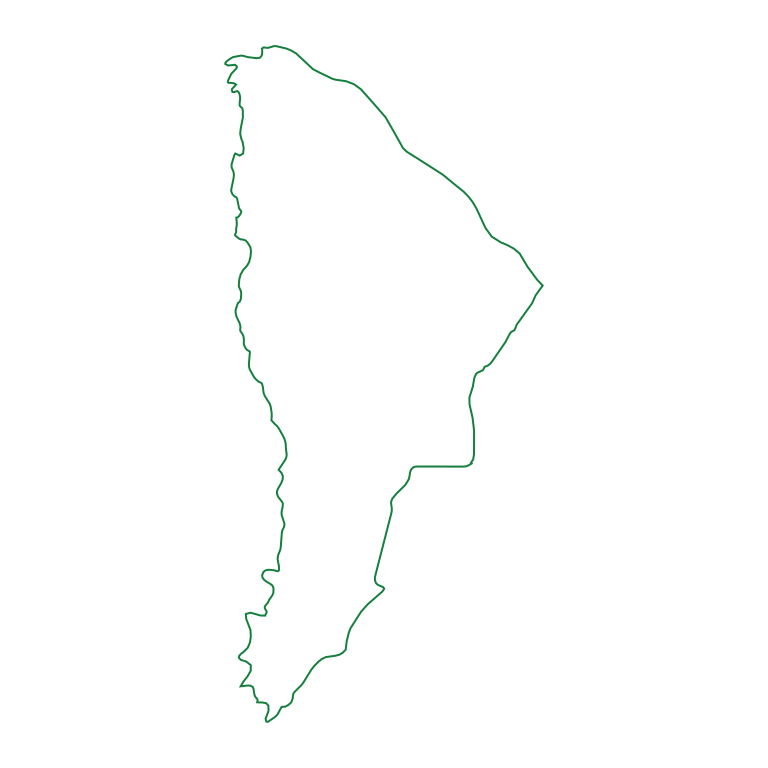 the border of Afar
{"feature_id": "ETH-3111", "entity_name": "Afar", "entity_type": "Administrative State", "adm_level": 1, "iso_a3": "ETH", "parent_name": "Ethiopia", "parent_adm1": "", "projection": "albers", "projection_center": [40.326, 11.654], "detail": "fine", "context": "isolated", "style": "outline", "palette": "green", "viewbox_px": 768, "rotation_deg": 0, "n_neighbors": 0, "source": "natural_earth", "source_scale": "10m", "svg_char_len": 4462}
<svg xmlns="http://www.w3.org/2000/svg" viewBox="0 0 768 768"><path d="M495.7,356.2L491.2,362.7L489.9,364.0L488.3,365.3L486.7,366.1L485.3,366.5L484.3,367.2L483.7,368.9L482.5,370.5L477.9,372.5L476.2,373.7L474.4,377.6L472.8,386.7L469.4,397.6L469.5,404.2L472.6,418.0L474.1,431.0L474.0,454.2L473.2,459.3L471.1,462.7L471.8,463.5L471.7,463.6L470.5,464.1L468.5,465.4L466.3,466.3L462.9,466.6L415.8,466.5L413.3,467.3L410.9,469.8L410.0,472.8L409.5,476.1L408.8,479.2L405.5,484.7L396.4,493.7L392.3,498.7L391.3,501.1L391.1,503.4L391.8,508.4L391.7,511.7L374.9,577.2L374.9,580.2L376.0,583.2L377.9,584.9L383.1,587.1L384.2,588.7L382.5,591.4L367.6,604.4L361.1,611.7L350.6,628.1L348.8,632.6L346.7,641.3L345.7,649.7L342.6,652.8L339.3,654.7L335.6,655.7L325.8,657.1L321.8,659.0L318.2,661.9L314.4,665.8L311.3,669.7L303.2,682.8L301.6,684.9L294.2,692.3L293.3,694.0L292.9,695.9L292.7,698.5L291.3,702.3L288.7,704.7L285.5,706.6L281.6,706.9L277.4,714.6L275.1,716.9L267.8,721.9L266.3,721.5L265.6,718.8L268.5,710.9L268.4,705.6L266.2,703.2L262.4,702.5L257.2,702.3L257.6,700.1L257.1,698.7L256.0,697.7L255.0,696.3L254.3,694.1L253.5,688.8L252.7,686.9L250.2,685.6L247.0,685.6L240.7,686.3L243.4,681.6L247.5,676.4L250.7,670.8L250.8,665.2L246.6,661.8L245.0,661.1L241.8,660.2L240.6,659.7L238.9,657.7L239.2,655.8L240.9,653.9L243.4,652.1L247.7,647.8L250.0,642.4L250.8,636.4L250.5,630.1L246.2,618.8L245.8,614.0L250.6,612.7L260.5,615.5L265.1,615.6L266.7,612.2L266.3,610.7L265.4,609.4L264.8,608.0L264.8,606.4L268.1,602.3L269.1,599.9L272.4,595.2L273.4,592.6L273.5,588.1L272.4,585.5L270.0,583.7L266.4,581.6L263.9,579.6L262.4,577.5L262.2,575.0L263.4,572.0L265.4,570.4L268.1,569.8L271.1,569.9L273.5,570.2L276.3,570.9L278.0,571.2L278.9,570.4L279.1,568.0L278.7,564.8L278.0,561.7L277.6,558.5L278.1,555.3L280.3,549.7L280.7,547.5L281.9,532.3L282.5,529.9L283.9,527.3L284.4,525.0L284.4,524.1L284.3,523.4L281.6,514.7L281.6,511.8L282.8,505.9L282.8,503.3L282.0,501.7L278.4,497.2L277.0,494.0L277.0,491.3L278.0,488.7L281.4,482.7L282.6,479.5L282.9,476.3L281.6,473.0L278.6,469.8L285.3,459.7L286.1,457.9L286.6,455.8L286.6,453.6L286.0,449.4L285.7,443.7L285.0,440.5L283.8,437.4L279.0,428.7L277.3,426.3L275.1,424.3L271.4,420.3L271.7,416.8L271.7,413.3L270.7,406.7L269.7,403.8L264.6,395.6L263.6,392.9L262.8,386.7L262.1,384.1L261.7,383.3L261.1,382.8L258.5,381.6L256.1,379.5L254.0,377.0L249.8,369.5L249.1,367.0L248.9,363.8L249.9,352.1L249.7,351.5L246.9,349.8L246.0,348.8L245.4,347.8L244.6,346.3L243.9,344.5L243.8,342.9L243.9,339.4L243.7,337.5L243.2,335.7L242.5,334.1L240.3,330.9L240.2,329.4L240.4,327.9L240.4,326.2L239.5,322.9L236.5,316.7L235.7,313.2L235.6,311.5L235.6,310.2L235.9,309.0L237.8,303.3L239.9,301.5L240.8,299.1L241.1,296.3L241.2,293.5L240.9,291.1L239.2,287.4L238.8,285.4L239.3,279.3L240.7,274.3L243.3,269.9L247.2,265.5L249.1,262.1L250.5,256.6L251.0,250.9L250.3,247.0L247.3,242.2L245.5,240.4L243.0,239.6L240.5,239.3L238.7,238.4L235.2,235.5L235.0,234.9L235.8,232.9L236.2,231.6L236.1,228.9L236.7,225.6L236.8,223.2L236.3,217.6L237.8,217.3L239.3,215.8L240.6,213.7L241.3,211.6L241.1,210.9L239.7,209.3L239.0,208.1L237.2,198.9L236.5,197.5L236.1,197.2L235.0,196.7L234.3,196.2L232.5,194.3L232.2,193.7L231.4,191.8L231.1,190.3L233.6,178.1L233.9,175.2L233.6,172.1L231.6,167.3L231.6,164.3L234.4,155.0L235.3,153.5L239.7,155.6L243.1,153.5L243.7,148.3L242.7,142.4L241.1,138.1L240.2,133.8L240.7,128.6L242.9,117.4L242.8,110.4L242.7,109.7L242.5,108.9L242.0,107.9L240.3,106.5L239.6,105.2L239.6,103.5L240.1,99.1L240.1,97.0L239.6,94.5L238.8,92.4L237.4,91.1L236.0,91.4L234.2,92.1L232.5,92.0L231.7,89.8L232.2,88.8L236.1,84.5L234.3,83.5L232.3,83.0L230.4,82.9L228.7,82.9L227.8,82.1L228.3,80.0L231.3,73.8L236.6,68.1L236.9,66.5L235.1,64.8L228.0,65.5L225.3,64.0L225.3,63.0L226.1,61.9L229.3,59.3L233.0,57.1L241.1,55.6L243.1,55.8L247.7,57.1L256.6,58.2L259.7,57.8L260.0,57.6L260.4,57.3L261.2,56.3L262.0,54.7L262.1,54.3L262.2,51.2L262.2,49.6L261.9,48.6L263.0,47.8L263.9,47.4L266.6,47.8L268.3,47.8L274.0,46.1L276.1,46.1L286.6,48.6L291.6,50.7L296.2,53.5L305.1,61.8L313.0,69.2L319.8,72.7L332.2,78.7L335.5,79.7L346.0,81.2L353.9,84.2L361.0,89.3L373.3,103.2L385.6,117.3L394.8,133.4L403.0,148.1L406.6,151.6L422.4,161.6L442.7,174.6L455.0,184.7L464.0,192.0L468.6,196.8L472.6,202.0L476.3,208.2L485.5,228.0L491.7,236.6L500.9,242.4L507.6,245.2L514.1,248.8L519.7,253.6L527.5,266.7L537.1,279.7L542.7,285.6L535.7,295.2L532.2,303.1L516.7,324.7L515.0,329.1L514.0,330.5L511.3,331.9L510.0,333.4L505.3,342.3L495.7,356.2Z" fill="none" stroke="#15803d" stroke-width="2"/></svg>